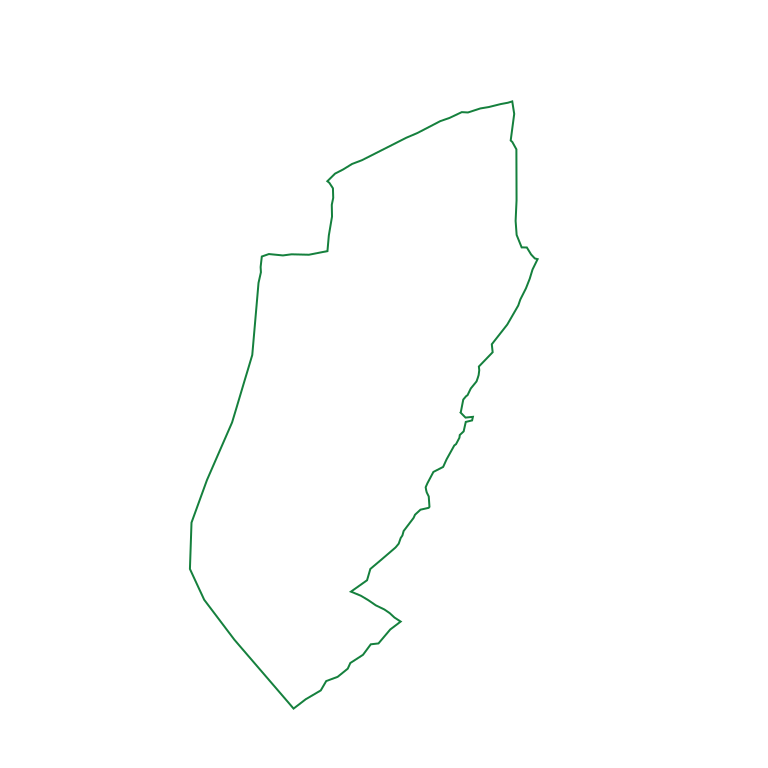 Ukum, Benue, Nigeria (Equal Earth projection), rotated 228°
{"feature_id": "59680162B14415495238729", "entity_name": "Ukum", "entity_type": "district", "adm_level": 2, "iso_a3": "NGA", "parent_name": "Nigeria", "parent_adm1": "Benue", "projection": "equal_earth", "projection_center": [9.596, 7.583], "detail": "fine", "context": "isolated", "style": "outline", "palette": "green", "viewbox_px": 768, "rotation_deg": 228, "n_neighbors": 0, "source": "geoboundaries", "source_scale": "gbopen_adm2", "svg_char_len": 1724}
<svg xmlns="http://www.w3.org/2000/svg" viewBox="0 0 768 768"><g transform="rotate(228 384 384)"><path d="M534.4,349.1L493.7,305.5L485.4,291.9L480.2,283.3L464.8,258.1L457.1,245.4L448.1,225.6L431.1,188.2L409.8,148.2L376.4,116.0L355.7,109.6L348.8,107.5L344.0,106.0L294.1,101.7L285.8,101.5L215.3,99.9L203.3,99.6L202.1,114.9L198.6,132.0L201.9,142.3L197.4,153.6L196.7,166.6L199.2,172.3L196.8,187.2L199.4,200.0L194.9,206.3L197.4,224.4L196.3,237.4L203.5,235.5L210.0,234.9L216.2,233.4L225.0,229.8L233.8,227.7L242.2,225.1L251.8,220.5L249.5,240.1L255.7,250.1L255.2,265.8L254.8,282.9L254.9,284.0L255.5,288.1L258.4,293.4L259.1,296.3L261.6,300.2L264.7,316.4L266.1,319.6L266.2,327.0L262.1,334.3L262.3,335.6L270.5,342.0L274.8,343.2L276.9,344.3L279.4,345.9L281.2,349.9L285.6,361.9L282.8,372.5L286.1,380.0L291.3,395.1L291.1,397.3L293.6,404.1L295.4,406.2L295.5,411.5L301.1,419.4L298.0,425.1L300.1,428.1L304.5,422.1L311.5,421.8L311.5,422.0L319.4,432.5L320.0,436.8L319.8,438.6L322.6,445.5L324.0,454.5L325.7,457.6L327.3,460.3L330.5,464.0L333.5,466.2L334.9,486.0L341.4,490.7L345.7,515.4L352.5,536.3L355.6,541.9L360.1,553.5L364.7,562.7L369.7,571.0L374.0,581.7L376.4,580.1L381.8,580.0L389.9,581.5L393.4,577.7L406.0,582.3L417.1,590.9L431.9,605.5L469.8,639.4L478.0,641.3L480.2,641.1L497.6,661.5L508.2,668.4L510.1,664.3L513.9,658.1L519.7,647.2L524.3,640.0L529.6,628.1L534.0,623.7L537.9,610.7L541.7,601.7L548.2,576.7L552.1,565.3L565.1,517.3L568.9,507.5L570.8,497.1L573.1,488.4L572.6,477.6L570.1,478.0L563.6,477.0L556.3,470.8L552.1,465.1L543.2,457.4L531.3,442.4L520.6,430.9L530.3,414.7L542.4,401.9L542.5,401.7L547.2,394.9L557.6,385.4L560.5,378.5L553.5,370.6L549.4,367.3L543.1,358.4L534.4,349.1Z" fill="none" stroke="#15803d" stroke-width="2"/></g></svg>